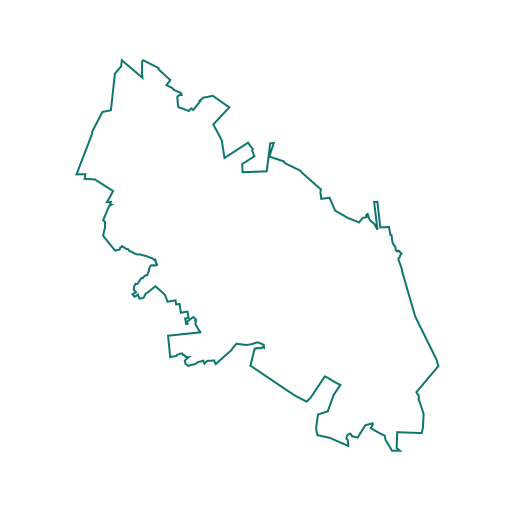 the district of Santa Ana, Sonora, Mexico, rotated 354°
{"feature_id": "50627088B25223131716378", "entity_name": "Santa Ana", "entity_type": "district", "adm_level": 2, "iso_a3": "MEX", "parent_name": "Mexico", "parent_adm1": "Sonora", "projection": "natural_earth1", "projection_center": [-111.087, 30.458], "detail": "fine", "context": "isolated", "style": "outline", "palette": "teal", "viewbox_px": 512, "rotation_deg": 354, "n_neighbors": 0, "source": "geoboundaries", "source_scale": "gbopen_adm2", "svg_char_len": 6062}
<svg xmlns="http://www.w3.org/2000/svg" viewBox="0 0 512 512"><g transform="rotate(354 256 256)"><path d="M404.2,443.5L406.2,430.6L403.5,418.1L403.2,417.4L403.1,416.5L403.0,416.4L402.8,416.2L402.8,415.8L402.7,415.1L403.0,414.8L403.2,414.4L403.2,414.1L403.2,413.5L403.3,413.0L403.3,412.8L403.2,412.7L403.3,412.5L403.2,412.3L403.2,412.0L403.2,411.7L402.9,411.5L402.5,411.1L402.6,410.8L402.2,410.2L402.1,409.9L401.7,409.3L401.4,408.7L401.5,408.3L401.4,408.1L425.9,384.5L424.6,377.7L408.5,334.1L407.8,331.7L399.6,285.9L399.9,285.1L397.4,274.8L397.3,273.7L397.9,272.8L398.3,272.6L399.1,271.9L399.2,270.7L399.4,270.4L399.8,270.1L400.6,269.4L401.0,268.9L400.0,267.9L399.5,267.2L399.4,266.9L399.2,266.3L398.8,266.4L397.9,265.5L397.1,266.1L396.8,266.2L396.6,266.2L395.8,265.3L395.6,264.5L395.5,263.4L395.6,262.2L395.6,261.7L395.4,261.3L395.0,260.6L394.6,259.9L394.1,259.4L393.8,258.6L393.7,257.8L393.2,256.8L393.0,249.5L391.9,249.2L391.3,241.1L382.6,240.6L382.4,214.8L379.1,214.6L379.6,242.6L379.1,241.1L378.9,240.5L379.0,240.4L379.0,240.2L378.4,239.9L378.2,239.5L378.0,238.5L377.8,238.1L377.5,237.9L377.5,237.7L377.5,237.2L377.3,236.7L376.8,236.5L376.2,235.4L375.6,235.1L374.6,234.2L373.9,233.3L373.4,232.9L373.2,232.5L372.4,230.3L371.4,225.8L370.8,226.1L370.0,226.7L369.8,227.3L369.9,227.7L370.2,228.7L369.6,229.0L368.9,229.1L366.7,229.2L365.9,229.6L362.9,232.4L362.4,233.0L362.1,233.4L351.3,227.7L339.4,219.1L335.3,205.8L326.9,206.0L326.7,199.3L327.5,196.5L326.3,195.3L310.8,178.4L308.7,175.6L295.9,167.6L294.0,166.2L293.6,164.8L279.6,158.5L285.6,145.4L281.9,145.5L275.5,172.9L251.4,171.3L251.9,163.2L264.8,156.6L263.2,150.9L263.4,150.1L263.6,149.7L264.0,149.4L262.7,147.2L262.1,146.6L261.1,144.5L260.0,142.8L259.9,142.5L234.9,155.2L234.0,137.2L227.3,120.7L245.0,105.4L229.7,92.1L222.4,93.0L221.4,92.8L220.3,92.9L216.1,95.8L216.7,96.3L208.7,104.3L207.2,102.5L204.6,104.2L204.7,104.4L204.4,104.8L201.7,103.4L200.1,102.5L198.0,101.6L194.4,99.8L194.2,96.4L194.3,89.7L196.1,88.1L198.9,88.0L198.5,86.2L191.6,82.1L190.5,80.4L184.8,76.7L189.2,72.1L178.6,60.2L178.7,58.8L164.1,49.5L163.1,50.6L161.8,62.1L161.7,66.9L143.0,47.3L141.7,53.3L134.7,59.9L127.1,95.2L126.9,95.9L118.3,96.7L106.1,115.2L106.0,116.9L89.1,150.0L86.1,156.0L94.8,156.9L93.6,161.3L103.7,163.0L112.2,169.7L120.7,176.5L113.4,186.9L117.3,187.1L116.0,189.8L117.3,190.0L115.1,191.0L107.7,204.5L109.4,206.3L109.1,209.5L108.6,212.6L106.9,217.2L106.1,219.9L107.8,222.7L109.5,225.2L112.0,229.2L116.5,236.0L117.5,235.7L118.6,235.5L120.0,235.5L121.1,235.3L122.0,233.3L122.2,233.2L122.8,233.2L123.1,233.1L123.7,232.2L127.3,235.0L127.9,235.6L128.4,235.7L128.7,235.6L129.2,235.7L129.6,236.0L130.0,236.5L130.5,237.5L131.0,238.2L132.5,238.7L135.2,240.7L136.4,241.2L136.8,241.5L137.6,241.9L138.6,242.1L141.1,242.4L141.4,242.6L141.8,242.7L143.2,243.3L147.0,244.6L147.2,244.8L149.0,245.7L151.6,247.1L152.4,247.3L153.6,248.4L154.0,248.9L154.7,249.4L155.2,249.4L155.5,249.2L155.6,249.6L155.7,249.8L155.8,250.0L155.8,250.6L155.7,250.9L155.4,251.2L156.3,253.3L156.6,253.7L156.8,254.1L156.8,254.4L156.4,254.6L154.9,254.9L154.4,254.8L153.2,254.8L153.1,254.5L151.8,254.4L151.4,254.6L150.7,254.3L150.1,254.7L149.3,255.6L148.6,257.4L148.3,258.4L147.8,259.5L148.0,259.7L147.9,260.0L147.2,261.0L146.8,261.5L145.7,263.7L145.3,263.9L145.0,263.9L144.6,263.8L144.1,263.8L143.8,263.9L143.0,264.5L142.6,264.7L142.2,265.1L141.8,265.3L141.5,265.6L141.4,265.9L141.2,266.1L140.9,266.3L139.8,265.9L138.2,267.7L137.5,268.7L137.1,269.2L136.6,269.7L135.8,270.7L135.5,271.0L134.6,271.4L134.3,271.4L133.8,271.3L133.4,271.0L132.6,272.0L132.5,272.4L132.2,272.6L131.7,273.4L131.2,274.7L131.2,275.9L131.2,276.2L130.9,276.7L130.9,277.0L131.2,277.3L132.4,278.8L132.9,279.5L131.6,280.1L129.2,281.0L130.9,283.8L131.4,283.5L132.2,283.3L133.5,282.7L134.5,282.0L135.6,286.2L137.9,286.1L139.6,285.8L140.0,285.6L140.6,284.7L141.0,284.0L141.3,283.5L141.5,283.1L142.0,282.3L142.7,281.8L144.8,280.7L147.0,279.3L147.2,279.1L152.8,275.6L159.2,282.6L161.5,285.4L163.2,292.2L164.8,292.1L168.1,291.9L171.3,291.7L171.5,295.9L174.9,295.7L175.4,304.6L182.0,304.1L182.4,310.6L179.0,310.8L179.4,316.3L180.0,316.3L180.4,316.5L180.9,316.3L180.0,314.4L187.3,310.1L189.5,312.7L189.3,312.9L189.1,312.9L189.0,313.0L188.8,313.7L189.0,313.9L189.0,314.3L189.6,314.6L189.1,315.5L189.0,316.0L188.8,316.5L188.6,317.0L188.7,317.6L189.0,318.4L189.7,319.8L191.5,324.0L192.7,325.8L192.7,326.1L160.2,326.1L160.1,347.7L161.3,347.4L166.4,347.1L167.0,346.2L170.3,345.2L172.2,345.1L172.7,345.7L173.0,346.4L172.9,346.6L172.9,346.8L173.1,346.9L174.0,346.9L174.2,347.1L175.5,349.0L175.9,348.9L176.1,348.9L176.3,349.3L176.5,349.4L178.3,349.6L178.1,349.7L174.2,352.7L174.7,356.1L176.3,357.3L177.3,358.4L179.4,357.6L180.3,357.4L182.5,357.5L183.9,357.1L185.6,356.5L187.0,355.5L189.9,355.1L192.6,354.5L193.5,357.7L196.2,355.5L197.1,355.2L201.4,355.5L202.9,355.4L203.4,355.5L203.3,355.8L203.5,356.2L204.1,357.9L204.7,359.2L221.8,347.0L222.8,345.5L227.6,341.1L229.9,342.0L230.3,341.9L231.9,342.3L232.4,342.3L234.3,342.9L237.2,343.5L241.8,343.3L242.6,343.2L243.3,343.1L246.9,342.2L247.9,342.1L249.2,342.4L250.9,343.0L252.3,344.0L253.3,344.5L254.4,345.0L254.3,348.0L253.8,347.6L253.0,347.3L252.5,347.7L251.4,348.3L250.9,348.4L250.6,348.3L250.2,347.9L249.4,347.7L247.8,348.1L247.0,347.9L246.9,347.6L246.5,347.5L245.2,348.4L244.8,348.4L239.0,364.5L271.9,392.1L280.8,399.4L291.2,406.1L295.8,402.3L311.9,382.9L314.4,384.5L318.3,387.5L322.1,390.3L326.4,393.1L318.8,402.2L311.1,418.0L301.1,420.1L298.1,432.0L297.8,435.9L298.3,440.6L310.2,444.5L327.9,454.5L328.0,453.4L328.1,451.9L328.0,450.0L327.9,449.3L327.9,448.5L327.8,448.3L327.0,447.6L326.9,447.1L326.9,446.5L327.0,446.1L327.1,445.7L327.5,444.6L328.3,443.6L328.9,443.2L329.3,443.0L330.0,442.7L330.6,442.5L331.1,442.6L331.3,442.6L332.7,445.1L332.7,445.4L332.9,445.7L333.5,445.6L334.4,445.8L334.9,446.2L336.1,446.6L336.8,446.7L338.1,447.2L347.1,435.7L354.5,434.6L354.5,436.0L352.1,439.2L360.6,445.3L362.0,446.2L365.2,448.0L365.6,452.4L371.0,463.9L378.8,464.7L375.8,461.7L378.0,446.0L402.3,449.4L404.2,443.5Z" fill="none" stroke="#0f766e" stroke-width="2"/></g></svg>